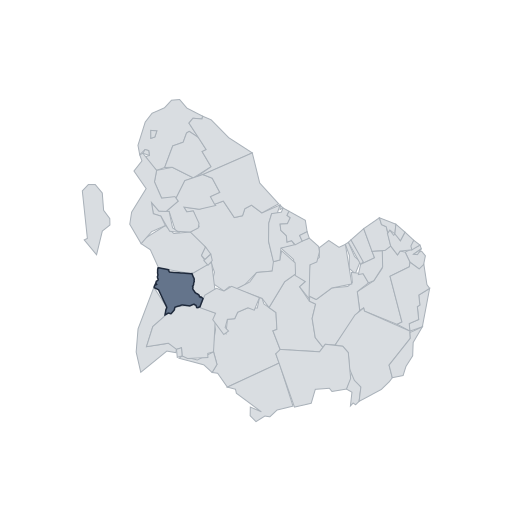 Africa, with Kenya highlighted, rotated 155°
{"feature_id": "KEN", "entity_name": "Kenya", "entity_type": "country or territory", "adm_level": 0, "iso_a3": "KEN", "parent_name": "Africa", "parent_adm1": "", "projection": "orthographic", "projection_center": [37.674, 0.4], "detail": "fine", "context": "in_parent", "style": "filled", "palette": "slate", "viewbox_px": 512, "rotation_deg": 155, "n_neighbors": 49, "source": "natural_earth", "source_scale": "50m", "svg_char_len": 12842}
<svg xmlns="http://www.w3.org/2000/svg" viewBox="0 0 512 512"><g transform="rotate(155 256 256)"><path d="M321.6,266.9L349.3,286.4L349.1,306.3L354.9,315.7L350.8,318.7L325.3,321.9L321.0,311.1L305.4,305.5L299.5,296.0L297.9,285.5L305.2,279.5L303.4,267.9L321.6,266.9Z" fill="#d9dde1" stroke="#a8b0b8" stroke-width="1"/><path d="M148.3,122.9L145.7,130.0L135.4,129.7L131.2,141.9L128.2,142.3L125.0,151.8L112.3,153.3L135.2,121.5L148.3,122.9Z" fill="#d9dde1" stroke="#a8b0b8" stroke-width="1"/><path d="M297.9,285.5L305.4,305.5L295.1,306.5L293.8,323.3L300.1,325.3L300.7,330.8L287.6,322.3L262.4,319.6L259.4,300.0L251.2,298.2L246.1,303.6L238.6,304.0L232.5,292.6L212.7,292.1L219.1,285.3L223.9,287.8L230.6,280.3L238.4,264.1L243.1,239.8L247.8,235.5L262.4,240.8L279.0,234.4L287.8,234.5L293.2,239.5L299.8,237.8L307.3,250.4L300.5,258.8L297.9,285.5Z" fill="#d9dde1" stroke="#a8b0b8" stroke-width="1"/><path d="M361.8,270.8L358.6,247.4L364.6,239.8L379.3,235.7L393.6,220.1L372.3,214.0L366.5,206.8L369.4,202.2L377.0,207.5L409.6,199.3L405.2,219.6L393.7,239.8L361.8,270.8Z" fill="#d9dde1" stroke="#a8b0b8" stroke-width="1"/><path d="M273.9,218.9L270.1,216.6L268.4,215.1L269.1,209.2L261.8,196.3L268.1,180.6L272.3,181.0L273.8,159.0L279.4,159.0L280.2,149.2L337.4,149.3L340.3,165.9L345.0,169.0L337.2,174.2L334.1,191.4L323.7,206.5L322.1,216.6L316.1,198.2L308.7,210.7L301.8,208.2L296.4,212.8L285.2,212.5L276.8,208.3L270.5,216.8L273.9,218.9Z" fill="#d9dde1" stroke="#a8b0b8" stroke-width="1"/><path d="M273.6,161.1L272.3,181.0L268.1,180.6L261.8,196.3L266.0,203.8L240.9,220.6L227.8,223.0L222.1,211.9L229.5,209.7L226.7,192.5L222.3,187.2L231.5,175.7L236.8,157.0L233.9,144.9L238.9,142.3L273.6,161.1Z" fill="#d9dde1" stroke="#a8b0b8" stroke-width="1"/><path d="M245.3,405.3L247.0,403.0L254.9,407.5L260.6,404.8L258.0,387.5L263.9,397.2L267.0,396.8L273.9,389.9L284.9,391.0L301.4,374.8L309.9,375.6L313.9,385.7L313.8,392.7L310.1,392.2L308.7,396.9L311.6,399.4L318.6,396.9L316.2,406.2L299.8,424.2L289.9,429.3L276.3,429.0L266.7,432.9L259.1,430.1L256.1,419.2L245.3,405.3ZM301.6,407.1L297.4,406.6L293.0,411.3L298.3,414.3L301.6,407.1Z" fill="#d9dde1" stroke="#a8b0b8" stroke-width="1"/><path d="M301.6,407.1L298.3,414.3L293.0,411.3L297.4,406.6L301.6,407.1Z" fill="#d9dde1" stroke="#a8b0b8" stroke-width="1"/><path d="M309.9,375.6L294.4,371.8L279.8,353.3L288.6,354.4L304.0,342.2L317.1,348.3L316.7,366.1L309.9,375.6Z" fill="#d9dde1" stroke="#a8b0b8" stroke-width="1"/><path d="M301.4,374.8L284.9,391.0L273.9,389.9L267.0,396.8L263.9,397.2L258.0,387.5L256.2,373.5L260.7,373.4L259.0,355.9L279.8,353.3L294.4,371.8L301.4,374.8Z" fill="#d9dde1" stroke="#a8b0b8" stroke-width="1"/><path d="M256.2,373.5L260.6,404.8L254.9,407.5L247.0,403.0L245.3,405.3L239.1,398.4L230.7,374.7L215.8,351.0L278.8,352.5L259.0,355.9L260.7,373.4L256.2,373.5Z" fill="#d9dde1" stroke="#a8b0b8" stroke-width="1"/><path d="M103.9,190.4L102.4,184.6L108.8,175.9L113.6,175.3L119.1,185.3L119.2,196.5L102.8,196.6L103.1,192.7L112.6,191.0L103.9,190.4Z" fill="#d9dde1" stroke="#a8b0b8" stroke-width="1"/><path d="M119.2,196.5L119.1,185.3L121.6,181.4L143.1,181.0L151.6,134.5L157.0,134.4L181.0,160.2L180.4,163.4L185.0,162.9L179.3,180.9L159.7,183.8L147.0,191.4L139.4,207.3L129.7,208.1L127.3,197.2L123.3,199.6L119.2,196.5Z" fill="#d9dde1" stroke="#a8b0b8" stroke-width="1"/><path d="M112.3,153.3L125.0,151.8L128.2,142.3L131.2,141.9L135.4,129.7L145.7,130.0L148.3,122.9L157.0,134.4L151.6,134.5L143.1,181.0L121.6,181.4L119.1,185.3L113.6,175.3L107.4,177.5L113.2,157.8L112.3,153.3Z" fill="#d9dde1" stroke="#a8b0b8" stroke-width="1"/><path d="M170.1,228.8L166.5,229.4L166.9,213.9L163.9,206.9L173.6,197.9L176.8,205.6L171.1,217.1L170.1,228.8Z" fill="#d9dde1" stroke="#a8b0b8" stroke-width="1"/><path d="M233.9,144.9L236.8,157.0L231.5,175.7L222.3,187.2L226.7,192.5L224.4,196.8L219.8,191.1L200.8,195.0L185.7,189.6L179.8,191.3L176.5,200.8L166.4,194.7L165.4,184.1L179.3,180.9L185.0,162.9L221.9,141.9L230.5,146.7L233.9,144.9Z" fill="#d9dde1" stroke="#a8b0b8" stroke-width="1"/><path d="M170.1,228.8L181.0,190.2L200.8,195.0L219.8,191.1L226.1,198.8L210.9,225.2L199.1,228.0L195.4,236.7L183.5,239.3L177.1,228.8L170.1,228.8Z" fill="#d9dde1" stroke="#a8b0b8" stroke-width="1"/><path d="M226.0,194.9L229.5,209.7L222.1,211.9L228.6,221.6L223.4,237.0L230.1,252.7L200.2,249.7L195.2,238.1L196.7,233.0L203.4,224.9L210.9,225.2L226.0,194.9Z" fill="#d9dde1" stroke="#a8b0b8" stroke-width="1"/><path d="M164.7,204.2L166.5,229.4L163.1,230.5L160.7,205.7L164.7,204.2Z" fill="#d9dde1" stroke="#a8b0b8" stroke-width="1"/><path d="M161.2,204.1L163.1,230.5L146.8,235.3L149.3,204.3L161.2,204.1Z" fill="#d9dde1" stroke="#a8b0b8" stroke-width="1"/><path d="M129.7,208.1L136.6,206.5L148.9,211.1L146.8,235.3L128.0,238.5L129.0,231.4L125.6,227.5L129.7,208.1Z" fill="#d9dde1" stroke="#a8b0b8" stroke-width="1"/><path d="M112.2,195.7L123.3,199.6L127.3,197.2L129.7,208.1L127.3,221.1L123.8,223.0L122.5,216.6L119.8,217.6L118.7,208.8L110.9,214.7L106.4,203.6L112.2,195.7Z" fill="#d9dde1" stroke="#a8b0b8" stroke-width="1"/><path d="M102.8,196.6L112.2,195.7L111.4,199.6L106.4,203.6L102.8,196.6Z" fill="#d9dde1" stroke="#a8b0b8" stroke-width="1"/><path d="M126.7,221.1L125.6,227.5L129.0,231.4L128.0,238.5L115.8,225.7L120.8,217.3L123.8,223.0L126.7,221.1Z" fill="#d9dde1" stroke="#a8b0b8" stroke-width="1"/><path d="M110.9,214.7L118.7,208.8L120.8,217.3L115.8,225.7L110.9,214.7Z" fill="#d9dde1" stroke="#a8b0b8" stroke-width="1"/><path d="M139.4,207.3L145.8,192.6L159.7,183.8L165.4,184.1L166.4,194.7L171.1,195.9L164.7,204.2L149.3,204.3L148.9,211.1L139.4,207.3Z" fill="#d9dde1" stroke="#a8b0b8" stroke-width="1"/><path d="M287.8,234.5L272.6,235.1L262.4,240.8L247.8,235.5L242.6,243.5L236.1,242.3L230.5,249.9L223.4,233.2L227.8,223.0L240.9,220.6L266.0,203.8L268.4,215.1L287.8,234.5Z" fill="#d9dde1" stroke="#a8b0b8" stroke-width="1"/><path d="M242.6,243.5L238.4,264.1L230.6,280.3L223.9,287.8L214.5,285.0L211.2,288.1L207.2,282.6L210.7,279.7L208.8,276.2L213.9,272.0L220.7,274.7L222.7,268.8L219.9,261.6L222.0,255.5L217.3,254.9L216.3,249.9L230.1,252.7L236.1,242.3L242.6,243.5Z" fill="#d9dde1" stroke="#a8b0b8" stroke-width="1"/><path d="M207.8,249.9L215.7,249.6L217.3,254.9L222.0,255.5L219.9,261.6L222.7,268.8L220.7,274.7L213.9,272.0L208.8,276.2L210.7,279.7L207.2,282.6L196.2,267.5L199.4,256.4L207.8,256.2L207.8,249.9Z" fill="#d9dde1" stroke="#a8b0b8" stroke-width="1"/><path d="M200.2,249.7L207.8,249.9L207.8,256.2L199.4,256.4L200.2,249.7Z" fill="#d9dde1" stroke="#a8b0b8" stroke-width="1"/><path d="M305.4,305.5L318.4,312.4L315.9,333.1L318.6,334.4L303.4,338.6L304.0,342.2L288.6,354.4L269.8,352.3L262.8,345.0L261.9,328.9L272.2,329.0L271.1,318.8L287.6,322.3L300.7,330.8L300.1,325.3L293.8,323.3L293.8,309.8L296.5,305.8L305.4,305.5Z" fill="#d9dde1" stroke="#a8b0b8" stroke-width="1"/><path d="M315.9,310.1L323.8,314.9L325.4,332.4L331.2,337.7L328.1,348.7L325.0,337.7L315.9,333.1L319.7,316.8L315.9,310.1Z" fill="#d9dde1" stroke="#a8b0b8" stroke-width="1"/><path d="M325.3,321.9L340.3,322.2L354.9,315.7L357.0,338.1L350.2,348.3L327.1,363.5L330.7,384.6L319.2,390.4L318.6,396.9L315.1,396.9L309.9,375.6L316.7,366.1L317.1,348.3L304.4,344.1L303.4,338.6L318.6,334.4L325.0,337.7L328.1,348.7L331.2,337.7L325.4,332.4L325.3,321.9Z" fill="#d9dde1" stroke="#a8b0b8" stroke-width="1"/><path d="M315.1,396.9L311.6,399.4L308.7,396.9L310.1,392.2L315.1,396.9Z" fill="#d9dde1" stroke="#a8b0b8" stroke-width="1"/><path d="M211.2,288.1L214.6,287.9L212.7,292.1L211.2,288.1ZM213.4,293.7L232.5,292.6L238.6,304.0L246.1,303.6L251.2,298.2L259.4,300.0L262.4,319.6L271.7,320.4L272.2,329.0L261.9,328.9L262.8,345.0L269.8,352.3L215.8,351.0L221.8,320.6L213.4,293.7Z" fill="#d9dde1" stroke="#a8b0b8" stroke-width="1"/><path d="M303.7,274.6L305.2,279.5L297.9,285.5L296.2,276.8L303.7,274.6Z" fill="#d9dde1" stroke="#a8b0b8" stroke-width="1"/><path d="M400.0,324.5L404.9,343.2L401.4,343.2L385.9,388.4L377.8,391.6L371.5,388.7L368.7,378.1L374.8,361.8L372.7,351.7L375.3,345.8L384.7,343.6L400.0,324.5Z" fill="#d9dde1" stroke="#a8b0b8" stroke-width="1"/><path d="M103.1,192.7L109.1,189.0L112.6,191.0L103.1,192.7Z" fill="#d9dde1" stroke="#a8b0b8" stroke-width="1"/><path d="M218.8,109.8L216.3,92.9L224.0,80.7L228.6,79.1L230.1,81.7L233.8,80.2L226.6,92.0L230.3,97.2L218.8,109.8Z" fill="#d9dde1" stroke="#a8b0b8" stroke-width="1"/><path d="M148.3,122.9L150.9,116.2L181.5,100.9L183.9,88.1L188.2,85.8L198.8,82.1L224.0,80.7L216.3,92.9L219.4,101.7L219.0,113.9L213.2,129.4L215.5,137.5L221.9,141.9L191.3,160.7L180.4,163.4L181.0,160.2L148.3,122.9Z" fill="#d9dde1" stroke="#a8b0b8" stroke-width="1"/><path d="M335.0,187.1L337.2,174.2L345.0,169.0L349.3,179.4L368.9,195.8L365.2,196.7L353.2,186.6L335.0,187.1Z" fill="#d9dde1" stroke="#a8b0b8" stroke-width="1"/><path d="M135.2,121.5L150.1,111.2L156.2,99.3L166.7,92.6L173.2,85.5L183.9,88.1L181.5,100.9L150.9,116.2L148.8,121.6L135.2,121.5Z" fill="#d9dde1" stroke="#a8b0b8" stroke-width="1"/><path d="M337.4,149.3L280.2,149.2L285.9,104.3L302.0,107.5L311.4,104.4L315.6,107.2L326.0,105.9L328.8,113.7L325.0,121.5L317.0,112.5L331.8,139.9L330.9,143.9L337.4,149.3Z" fill="#d9dde1" stroke="#a8b0b8" stroke-width="1"/><path d="M285.0,102.8L279.4,159.0L273.6,161.1L238.9,142.3L230.5,146.7L215.5,137.5L213.2,129.4L222.0,105.0L230.3,97.2L244.4,101.1L245.4,105.1L258.6,110.1L268.2,99.2L285.0,102.8Z" fill="#d9dde1" stroke="#a8b0b8" stroke-width="1"/><path d="M393.6,220.1L379.3,235.7L351.2,244.0L333.4,238.6L316.8,221.2L335.0,187.1L340.9,188.1L342.5,184.3L361.3,192.0L365.2,196.7L362.3,204.3L367.5,205.0L372.3,214.0L393.6,220.1Z" fill="#d9dde1" stroke="#a8b0b8" stroke-width="1"/><path d="M365.2,196.7L370.2,197.4L367.5,205.0L362.3,204.3L365.2,196.7Z" fill="#d9dde1" stroke="#a8b0b8" stroke-width="1"/><path d="M321.6,266.9L299.0,269.0L307.7,242.1L322.1,239.7L324.6,243.3L327.5,252.0L321.6,266.9Z" fill="#d9dde1" stroke="#a8b0b8" stroke-width="1"/><path d="M303.4,267.9L305.2,273.9L296.2,276.8L297.5,270.4L303.4,267.9Z" fill="#d9dde1" stroke="#a8b0b8" stroke-width="1"/><path d="M305.6,243.5L299.8,237.8L290.9,238.8L270.5,216.8L280.5,207.6L285.2,212.5L296.4,212.8L301.8,208.2L308.7,210.7L314.2,204.2L312.6,199.6L318.4,198.5L322.1,216.6L316.8,221.2L328.9,233.1L318.9,242.1L305.6,243.5Z" fill="#d9dde1" stroke="#a8b0b8" stroke-width="1"/><path d="M321.5,267.2L321.5,266.3L321.7,264.0L321.6,262.0L321.8,261.0L322.2,260.4L322.5,259.9L322.6,259.3L322.9,258.8L323.5,258.4L323.6,258.1L324.2,257.4L324.6,256.5L324.9,256.2L325.2,255.9L325.5,255.7L325.9,255.6L326.2,255.5L326.2,255.4L326.3,255.3L326.2,254.7L326.3,254.5L326.5,254.1L326.8,253.8L327.0,253.6L327.1,253.3L327.2,252.9L327.2,252.7L327.2,252.2L327.1,251.1L326.8,250.3L326.7,249.3L326.8,249.0L326.6,248.4L326.3,248.2L326.1,247.7L326.0,247.2L325.9,247.1L325.2,246.6L324.8,245.6L324.4,245.4L324.2,244.4L324.2,244.1L324.4,243.0L324.4,242.8L324.1,242.6L323.5,242.4L323.0,242.0L323.0,241.8L323.1,241.7L322.8,241.6L322.0,239.8L323.0,238.8L324.1,237.7L325.5,236.4L326.7,235.2L327.8,234.1L328.8,233.2L328.7,233.4L328.7,233.6L328.8,233.8L329.0,233.9L329.3,233.7L329.6,233.6L329.8,233.6L331.2,234.0L331.5,234.3L331.5,234.7L331.5,234.9L331.4,235.2L331.3,236.0L331.3,236.8L331.8,237.3L332.1,237.7L332.4,238.4L332.7,238.5L333.0,238.6L334.0,238.7L335.4,238.7L336.9,238.7L337.0,238.8L337.3,238.8L338.6,239.7L339.8,240.4L340.8,241.1L341.8,241.7L342.7,242.3L343.5,242.8L344.2,243.0L345.4,243.1L346.2,243.1L347.0,243.3L348.1,243.5L348.9,243.6L349.4,243.7L350.8,243.8L351.1,243.8L351.7,243.2L352.4,242.3L352.6,241.8L353.5,241.3L355.1,240.6L356.2,240.1L357.5,239.6L358.0,240.0L358.8,240.7L359.1,241.0L359.4,241.2L359.8,241.3L360.4,241.3L360.6,241.3L361.2,241.2L362.5,241.1L363.3,241.1L362.7,242.0L361.9,243.1L360.5,245.2L359.4,246.2L358.6,247.1L358.5,248.1L358.5,250.3L358.6,254.7L358.6,259.1L358.6,263.6L358.6,265.8L358.6,266.5L359.3,267.4L360.0,268.4L361.0,269.6L361.5,270.2L361.5,270.4L361.5,270.8L360.8,271.7L360.1,272.1L359.3,272.3L359.0,272.3L358.7,272.2L358.6,272.4L358.5,272.7L358.3,272.7L358.1,272.6L358.2,273.2L358.3,273.5L358.2,273.9L357.8,274.2L357.7,274.5L356.9,275.3L355.6,275.3L354.9,275.7L354.6,276.0L354.4,276.7L354.5,277.8L354.2,278.6L354.1,279.0L353.4,279.5L353.1,280.0L352.9,280.5L352.7,280.7L352.5,281.8L352.2,282.5L352.1,282.9L351.8,283.3L351.7,283.5L350.8,285.4L350.2,286.2L349.7,286.1L349.4,286.4L349.4,286.5L349.2,286.4L348.8,286.2L348.0,285.6L347.2,285.0L346.4,284.4L345.6,283.9L344.8,283.3L344.0,282.7L343.2,282.1L342.4,281.5L341.9,281.2L341.7,281.0L341.6,280.6L341.3,280.4L341.0,280.4L341.0,280.1L341.1,279.8L341.3,279.3L341.4,279.0L341.3,278.6L341.2,278.0L341.1,277.9L340.6,277.6L339.5,277.0L338.4,276.4L337.3,275.7L336.1,275.1L335.0,274.5L333.9,273.9L332.8,273.3L331.7,272.6L330.6,272.0L329.4,271.4L328.3,270.8L327.2,270.1L326.1,269.5L325.0,268.9L323.9,268.3L322.7,267.6L322.3,267.4L321.9,267.2L321.5,267.2ZM358.7,273.3L358.6,273.0L359.2,272.6L359.4,272.7L359.5,272.8L359.4,272.9L359.3,273.0L358.7,273.3Z" fill="#64748b" stroke="#1e293b" stroke-width="1.5"/></g></svg>